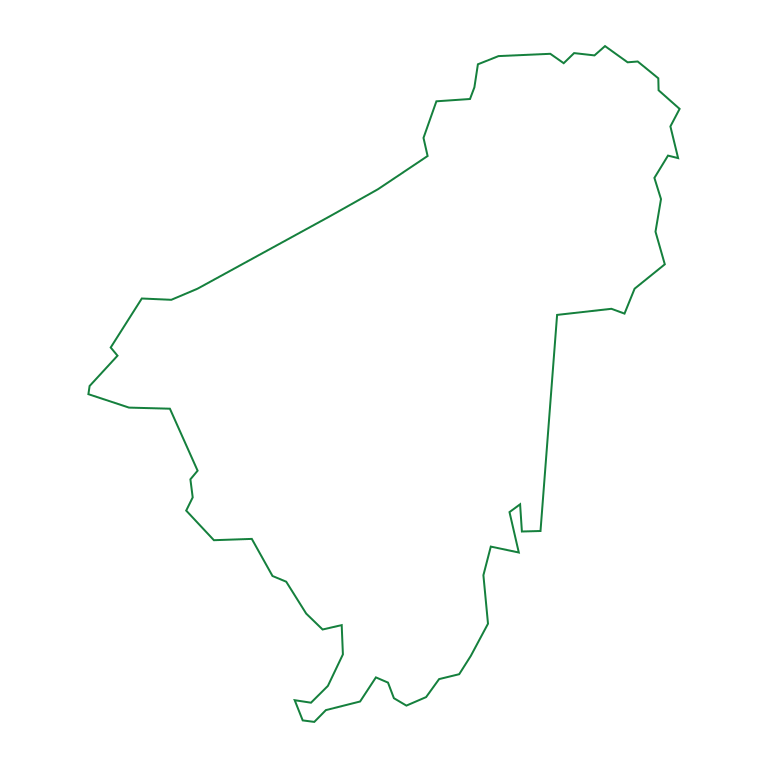 outline of Raleigh, West Virginia, United States of America, rotated 90°
{"feature_id": "52423323B5491062021633", "entity_name": "Raleigh", "entity_type": "district", "adm_level": 2, "iso_a3": "USA", "parent_name": "United States of America", "parent_adm1": "West Virginia", "projection": "albers", "projection_center": [-81.215, 37.749], "detail": "fine", "context": "isolated", "style": "outline", "palette": "green", "viewbox_px": 768, "rotation_deg": 90, "n_neighbors": 0, "source": "geoboundaries", "source_scale": "gbopen_adm2", "svg_char_len": 1049}
<svg xmlns="http://www.w3.org/2000/svg" viewBox="0 0 768 768"><g transform="rotate(90 384 384)"><path d="M510.6,581.8L540.2,554.1L538.9,516.2L576.0,495.5L581.7,481.8L613.6,461.8L629.5,445.4L625.1,426.3L654.4,425.1L685.9,440.1L702.7,457.0L700.2,473.3L720.4,465.3L721.9,453.7L710.1,442.1L701.5,407.9L677.4,392.1L682.6,380.0L698.2,374.1L705.6,361.6L697.1,341.9L679.1,328.9L674.2,308.8L655.9,297.2L623.7,280.0L575.2,284.6L546.6,277.2L552.5,249.2L512.1,258.5L504.3,247.9L531.5,246.1L531.0,227.5L314.9,210.9L308.8,156.6L313.6,143.5L288.7,133.4L264.3,103.2L231.7,112.5L199.1,107.0L177.9,113.6L155.6,100.0L158.1,89.9L126.4,97.6L108.9,88.4L90.3,109.4L78.3,109.7L61.5,130.3L62.3,140.4L46.1,163.0L55.4,173.5L53.1,193.9L63.2,204.3L53.8,217.7L56.1,269.5L64.3,290.1L87.3,293.6L99.0,298.0L101.3,331.6L137.9,344.5L156.0,340.4L189.2,390.0L215.8,437.3L288.7,570.5L299.8,596.7L298.5,626.2L347.5,657.3L355.7,650.5L386.0,678.4L394.2,679.6L407.6,639.0L408.7,598.1L470.7,570.4L479.3,577.6L497.4,575.3L510.6,581.8Z" fill="none" stroke="#15803d" stroke-width="2"/></g></svg>